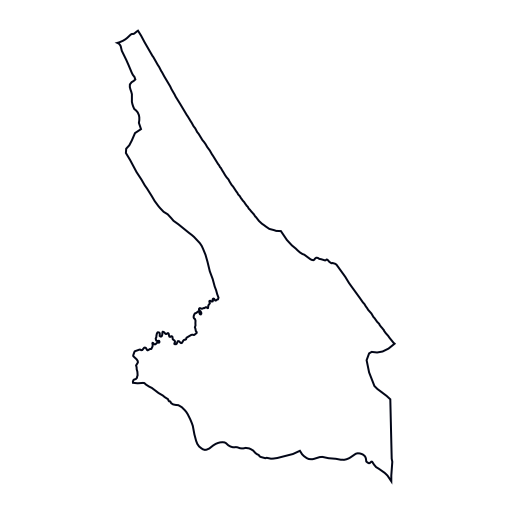 the district of Mueang Narathiwat, Narathiwat, Thailand
{"feature_id": "78962969B31308774945788", "entity_name": "Mueang Narathiwat", "entity_type": "district", "adm_level": 2, "iso_a3": "THA", "parent_name": "Thailand", "parent_adm1": "Narathiwat", "projection": "natural_earth1", "projection_center": [101.803, 6.43], "detail": "fine", "context": "isolated", "style": "outline", "palette": "ink", "viewbox_px": 512, "rotation_deg": 0, "n_neighbors": 0, "source": "geoboundaries", "source_scale": "gbopen_adm2", "svg_char_len": 6085}
<svg xmlns="http://www.w3.org/2000/svg" viewBox="0 0 512 512"><path d="M126.2,148.7L125.9,153.0L130.1,160.0L136.6,172.2L141.4,179.5L144.8,185.4L147.0,188.5L151.7,196.0L154.7,201.1L158.4,206.1L160.0,208.0L163.6,211.8L167.7,214.3L171.3,218.2L173.5,220.8L178.4,224.3L188.9,232.8L191.8,235.0L194.0,236.9L199.9,243.2L201.7,245.9L203.0,248.7L205.5,254.8L207.5,261.8L209.8,271.3L212.7,279.1L214.7,286.5L216.1,290.2L217.2,294.2L218.5,297.7L218.0,299.3L216.7,299.8L215.9,300.5L215.3,300.5L214.9,300.1L214.2,298.9L213.5,298.6L213.0,298.8L212.7,299.3L212.6,300.0L212.9,300.8L212.6,301.4L211.4,301.5L210.3,300.8L209.6,300.9L209.4,301.2L209.4,301.6L209.8,303.4L208.4,305.3L208.0,308.0L207.7,308.1L206.1,307.2L205.6,307.3L204.4,308.1L203.9,308.0L202.2,308.7L201.4,308.7L200.2,308.2L199.6,308.2L199.3,308.5L199.0,309.0L199.0,309.6L199.3,310.3L200.7,311.5L201.3,312.9L201.3,313.7L200.8,314.4L200.5,314.4L200.0,314.2L199.6,313.5L199.1,311.9L198.8,311.5L198.5,311.4L197.8,311.6L196.5,312.8L194.8,313.5L194.2,314.7L193.8,315.7L193.6,317.1L193.9,318.1L194.4,318.7L195.0,319.1L195.5,320.7L195.4,323.2L195.5,325.4L194.9,327.3L195.4,328.7L195.8,331.0L196.7,332.2L196.6,333.0L194.3,334.9L193.8,335.0L192.6,334.7L191.3,334.9L186.7,337.6L186.4,338.0L186.0,339.3L185.4,339.7L184.7,339.7L183.8,340.1L183.3,340.6L182.0,342.8L181.6,343.0L181.1,343.1L180.7,342.9L178.9,341.2L178.1,341.1L177.7,341.4L176.6,343.8L176.0,344.2L174.9,344.2L174.4,343.9L174.4,343.3L174.9,342.3L175.0,341.6L174.9,341.2L174.5,340.6L172.8,339.3L172.4,336.8L172.0,336.4L171.2,336.2L170.5,336.8L169.8,336.8L169.5,336.7L169.1,335.9L168.8,334.3L168.6,333.6L168.2,333.2L167.5,333.2L166.7,333.9L165.9,334.0L165.5,333.8L163.9,332.1L163.5,331.9L162.7,331.8L162.5,332.2L162.4,332.6L162.3,334.4L162.1,335.2L161.7,336.2L161.0,336.6L160.4,336.5L159.7,335.9L159.8,333.8L159.5,332.9L158.8,332.4L157.8,332.3L157.5,332.5L156.9,333.5L156.5,335.2L156.3,337.2L155.8,338.3L155.7,338.7L156.2,340.5L156.6,340.8L157.5,341.0L158.7,340.8L159.1,340.9L159.4,341.5L159.3,342.4L159.1,342.6L158.8,342.7L158.1,342.5L157.4,342.5L155.5,344.2L154.9,344.4L154.1,344.1L153.1,343.0L152.6,342.9L152.4,343.5L152.7,345.1L152.6,345.8L152.5,346.5L151.4,348.8L151.1,349.0L150.0,349.0L148.0,350.2L147.6,350.3L147.1,350.0L145.9,348.0L145.4,347.7L144.5,347.6L144.1,347.8L142.3,350.0L141.2,350.2L140.2,349.6L139.5,349.6L135.0,351.2L134.7,351.4L134.3,352.2L133.3,355.1L133.2,355.8L133.4,356.3L136.7,359.4L137.7,361.0L137.9,362.2L137.8,362.6L136.1,365.4L136.6,367.3L136.7,369.3L137.4,371.8L137.6,375.3L137.1,376.7L137.0,377.5L136.8,378.0L135.7,379.1L134.2,379.5L133.4,380.2L132.9,381.6L133.0,382.8L137.6,383.3L143.0,382.9L144.4,383.1L146.0,384.6L149.3,386.7L151.8,387.9L158.5,393.0L162.8,395.5L164.7,397.1L168.0,399.2L168.6,400.7L169.2,401.3L169.9,401.3L170.5,401.9L171.2,403.2L173.1,404.4L175.4,404.9L178.4,405.2L181.8,407.2L184.9,410.3L186.3,412.0L187.7,414.2L190.2,419.2L191.9,423.3L192.8,425.9L194.4,434.4L196.1,440.8L197.3,443.9L199.1,446.5L201.5,448.4L202.9,449.3L204.8,449.9L206.5,449.7L209.3,448.5L213.1,445.5L215.7,443.9L217.9,443.0L220.1,442.4L222.4,442.2L224.5,442.4L225.9,443.1L228.3,445.3L230.4,446.5L232.6,447.2L234.3,447.3L235.8,447.1L237.4,447.3L239.9,448.2L241.6,448.4L243.3,448.4L245.7,447.9L249.1,448.4L250.7,449.1L253.1,450.5L255.5,453.1L257.0,454.2L258.7,455.0L259.7,456.4L260.9,457.0L265.3,458.2L266.7,457.8L271.0,458.7L273.1,458.6L277.3,458.0L293.0,454.0L299.9,450.8L302.1,454.3L303.9,456.1L306.7,458.1L308.7,459.0L311.0,459.2L312.5,459.2L314.2,458.8L319.7,457.1L322.4,456.9L328.5,458.2L335.9,458.8L340.6,459.7L344.2,459.8L346.4,459.3L348.7,458.4L350.3,457.5L355.7,453.8L357.4,453.3L359.7,453.4L361.7,454.0L363.0,454.6L364.7,456.0L365.5,457.3L365.9,458.6L366.3,461.5L367.1,462.2L368.5,463.1L369.2,463.2L369.8,463.0L371.3,461.7L371.9,461.7L372.2,461.8L374.0,464.6L376.1,467.1L378.9,468.8L384.7,472.9L386.0,474.1L387.5,475.6L391.3,481.3L391.3,475.4L392.3,461.8L391.7,458.7L390.3,399.3L386.6,395.9L377.4,389.0L374.4,386.0L369.1,372.4L366.6,360.2L369.1,353.4L371.7,351.9L377.1,352.5L382.6,351.5L388.5,348.6L394.6,343.7L394.2,343.3L393.7,343.0L389.5,337.8L388.2,335.9L385.7,333.1L384.0,330.7L383.8,330.0L383.2,329.4L382.3,328.2L380.7,326.4L379.5,324.7L379.2,323.9L377.1,321.8L374.5,318.1L373.5,317.1L371.4,313.5L368.1,309.8L367.1,308.1L365.8,306.4L364.4,304.0L362.9,302.4L359.7,297.8L351.5,286.5L349.0,283.0L345.3,276.9L336.5,264.7L335.2,263.8L333.6,263.3L332.5,263.0L332.1,263.2L331.4,263.2L329.4,261.9L327.6,259.9L326.8,259.5L326.5,259.6L325.6,260.3L325.0,260.4L321.1,259.2L319.3,258.9L318.2,258.1L316.8,257.7L316.1,257.8L314.8,258.8L314.3,259.7L313.3,260.2L311.5,259.8L310.1,259.0L304.3,254.7L302.4,254.0L299.9,252.4L297.5,250.3L295.8,248.6L291.9,245.4L286.9,240.0L280.9,231.1L276.2,230.9L273.9,230.1L269.3,228.9L265.5,226.3L264.5,225.5L261.9,223.7L258.9,220.9L255.9,217.0L255.3,216.6L255.0,216.1L253.5,213.8L253.0,213.5L252.3,212.5L251.7,212.0L249.7,209.5L248.8,208.7L247.7,206.7L246.6,205.7L246.2,205.0L245.2,203.7L244.2,202.1L242.5,200.3L242.1,199.5L241.2,198.5L239.7,196.0L238.2,194.5L237.2,192.6L236.3,191.5L233.1,186.6L231.6,184.9L229.4,181.3L228.5,179.5L226.5,177.2L225.0,175.0L223.2,171.9L222.8,171.4L222.4,170.6L222.1,170.2L220.9,168.0L220.0,167.1L219.1,165.3L218.1,164.1L212.8,155.5L212.0,154.4L209.8,150.5L207.2,147.0L205.6,144.2L203.9,141.8L202.5,140.2L198.6,133.8L197.2,132.1L195.2,128.3L193.6,126.3L191.4,122.3L191.0,121.8L187.7,116.3L187.0,115.4L180.2,104.0L175.6,96.6L174.7,94.7L171.5,89.2L170.2,86.4L164.2,76.3L162.0,72.2L161.3,71.2L159.1,66.9L157.7,64.8L155.0,60.0L153.1,56.7L152.5,56.0L144.5,42.1L141.1,35.7L138.0,30.7L136.8,31.5L134.2,33.6L133.5,33.9L131.8,34.0L130.7,34.6L127.2,37.9L125.4,39.3L122.9,40.8L119.4,42.3L117.4,42.9L118.9,43.6L120.1,45.1L120.7,46.2L121.8,50.8L126.3,60.0L128.6,65.2L131.7,72.6L132.8,74.8L134.5,77.0L135.3,79.5L133.6,81.0L131.6,82.2L129.9,84.4L129.8,87.0L130.4,89.3L131.3,91.9L131.9,94.2L131.9,101.9L132.4,104.1L133.1,106.3L134.2,108.9L136.1,110.5L137.7,112.4L138.9,115.1L139.3,117.4L139.3,120.1L138.9,122.9L141.0,129.1L135.0,133.1L131.8,140.5L129.3,145.3L126.2,148.7Z" fill="none" stroke="#020617" stroke-width="2"/></svg>